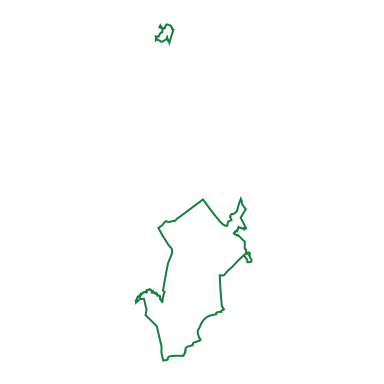 Santo Domingo Tehuantepec, Oaxaca, Mexico (Equal Earth projection), rotated 359°
{"feature_id": "50627088B71945417585230", "entity_name": "Santo Domingo Tehuantepec", "entity_type": "district", "adm_level": 2, "iso_a3": "MEX", "parent_name": "Mexico", "parent_adm1": "Oaxaca", "projection": "equal_earth", "projection_center": [-95.387, 16.448], "detail": "fine", "context": "isolated", "style": "outline", "palette": "green", "viewbox_px": 384, "rotation_deg": 359, "n_neighbors": 0, "source": "geoboundaries", "source_scale": "gbopen_adm2", "svg_char_len": 5677}
<svg xmlns="http://www.w3.org/2000/svg" viewBox="0 0 384 384"><g transform="rotate(359 192 192)"><path d="M202.8,199.7L178.6,217.1L177.1,217.9L174.1,220.9L173.2,220.5L171.5,221.0L171.2,220.9L168.6,221.6L167.7,221.6L166.0,220.8L164.7,221.1L163.7,222.1L161.8,224.6L157.8,227.4L161.5,234.5L167.8,244.9L169.2,246.5L170.8,248.4L171.2,252.3L166.7,263.1L164.2,275.0L161.3,289.9L162.8,291.5L162.4,291.8L160.9,298.3L160.4,301.5L160.2,301.4L159.9,301.0L159.7,300.9L159.7,300.7L160.0,300.4L159.9,300.2L159.7,300.1L159.6,299.8L159.4,299.7L159.0,299.6L158.9,299.5L158.8,299.1L159.0,298.8L158.7,298.7L158.4,298.8L158.1,298.3L158.2,297.8L158.2,297.1L158.4,296.6L158.2,296.2L158.1,295.6L157.6,295.6L157.3,295.1L156.9,294.8L156.7,294.8L156.6,295.1L156.4,295.2L156.1,294.9L155.8,294.9L155.8,294.4L155.5,294.0L155.4,293.5L155.0,293.6L154.9,293.3L154.7,293.3L154.6,293.0L154.4,293.3L154.2,293.1L153.9,292.8L153.7,292.9L153.6,292.6L153.3,292.9L153.0,292.6L152.9,292.3L152.7,292.3L152.5,292.2L152.3,292.0L152.3,291.7L151.9,291.5L151.9,291.8L151.5,291.8L151.4,292.1L151.2,292.1L150.9,291.8L150.9,291.7L150.7,291.6L150.6,291.4L150.7,291.0L150.3,291.3L150.3,291.1L150.1,291.2L150.1,290.9L150.1,290.3L149.8,290.0L149.7,289.7L149.3,289.8L149.2,289.7L149.2,289.3L148.1,288.4L147.6,288.5L147.2,289.1L145.9,289.1L145.4,289.6L145.2,289.6L144.9,289.4L144.8,289.5L144.9,290.3L145.1,291.2L144.6,291.4L144.3,291.8L143.9,291.5L143.7,291.5L143.6,291.3L143.3,291.4L143.1,291.2L143.0,291.3L142.3,291.2L141.7,291.4L141.6,291.6L141.5,291.9L141.2,292.0L140.9,292.4L140.6,292.3L140.1,292.5L139.6,292.6L139.6,292.8L139.8,293.2L139.8,293.4L139.6,293.6L139.1,293.2L139.1,292.9L138.9,292.9L138.6,293.7L138.6,294.0L138.7,294.3L138.4,294.3L138.1,294.2L137.9,294.3L137.9,294.5L138.1,294.6L138.0,294.9L138.1,295.2L138.1,295.5L138.2,295.8L138.2,296.1L137.9,296.2L137.5,295.9L137.2,295.6L136.7,295.8L136.7,295.6L136.0,295.6L135.9,296.0L135.8,295.9L135.0,298.1L134.3,299.0L133.7,300.1L133.9,300.4L134.5,300.5L134.3,301.4L138.3,298.1L142.1,297.9L144.5,309.0L143.4,314.3L154.4,325.5L158.9,346.3L158.6,351.7L160.2,360.0L161.8,359.9L162.3,359.7L162.7,359.6L163.0,359.5L164.1,359.4L164.8,359.1L164.9,358.8L164.8,358.6L164.8,358.1L165.3,356.8L166.0,356.3L167.4,355.8L169.4,355.6L170.8,355.6L172.7,355.4L180.4,355.7L180.5,355.6L180.4,355.3L180.5,354.9L180.9,354.6L181.2,354.6L181.6,354.1L181.6,353.7L181.9,353.2L182.0,352.8L182.2,352.6L182.0,352.4L182.0,351.9L182.1,351.7L182.4,351.3L182.5,350.9L182.8,350.5L182.6,350.4L182.5,350.2L182.6,349.9L182.8,349.0L182.8,348.5L183.4,347.5L184.8,346.6L189.7,345.2L189.9,345.2L189.7,344.7L190.3,344.1L190.4,343.9L190.3,344.0L190.2,343.7L190.3,343.4L190.6,343.0L190.9,342.8L193.9,341.7L197.1,340.8L197.3,340.7L197.8,340.2L197.9,339.5L197.4,338.8L197.2,338.7L196.8,337.8L196.7,337.9L196.2,336.7L196.0,335.6L195.6,334.6L195.4,333.2L195.3,332.8L195.2,331.8L195.3,331.3L195.9,329.7L196.9,328.1L198.8,324.0L199.8,322.2L201.3,320.2L203.1,318.5L205.1,317.1L207.2,316.2L208.8,315.7L214.0,314.7L213.9,314.1L214.0,313.6L214.2,313.3L214.6,313.0L216.2,312.5L218.8,312.2L218.9,312.4L219.0,312.4L218.9,312.1L219.0,311.9L219.2,311.7L219.4,311.2L220.3,310.7L220.9,310.5L221.3,310.2L221.5,309.9L221.7,310.0L221.8,309.9L221.5,309.8L221.0,308.9L220.9,308.3L220.5,307.3L219.8,306.8L218.6,287.7L218.3,275.8L222.3,276.0L226.5,271.3L230.9,267.6L236.9,261.4L239.3,259.1L243.3,255.7L243.3,256.9L243.4,257.0L244.4,258.4L245.2,259.8L245.6,260.2L245.9,260.7L246.0,261.1L246.2,263.2L248.0,263.2L249.5,263.1L250.3,262.3L250.2,260.7L248.8,258.1L247.9,256.0L248.6,255.9L248.8,254.9L248.7,254.0L248.4,253.7L247.5,253.4L246.8,253.7L245.9,254.8L245.5,254.9L245.3,254.9L244.8,254.2L244.8,253.6L245.1,252.5L245.1,250.9L244.7,250.2L243.9,249.9L243.7,249.5L244.0,242.8L237.4,236.1L236.9,235.9L236.5,236.4L236.1,236.1L235.8,235.7L235.7,235.8L234.8,235.4L234.1,234.9L233.1,234.3L233.1,234.2L233.4,234.3L233.5,234.0L233.5,233.8L233.6,233.6L233.7,233.4L234.0,232.9L234.4,232.9L234.6,232.0L235.2,232.1L235.8,231.9L236.3,232.0L236.4,230.9L236.7,230.7L237.0,229.8L237.3,229.9L237.4,229.5L237.3,229.4L237.9,227.7L238.9,228.2L238.9,228.4L239.3,228.7L239.8,228.7L240.4,228.7L240.5,228.9L240.9,229.2L241.1,229.0L241.6,229.4L243.2,229.5L243.3,229.0L244.2,229.3L244.0,230.1L245.5,229.3L240.2,218.5L245.5,210.1L242.2,205.7L241.9,204.5L241.3,201.1L241.0,200.5L240.7,199.7L239.4,203.0L238.2,206.4L236.7,211.6L235.9,212.6L234.4,213.9L232.0,215.0L231.5,214.7L231.0,214.8L230.8,214.9L230.5,215.3L229.8,216.7L230.1,217.0L229.6,217.6L231.0,220.7L227.6,222.2L227.3,223.2L226.6,226.4L224.4,226.2L224.1,225.7L223.4,225.6L222.9,225.3L220.3,223.0L213.7,214.8L202.8,199.7ZM158.4,35.7L158.4,36.0L159.1,37.3L159.2,37.6L158.6,37.9L158.5,38.3L158.6,38.5L158.6,39.6L159.8,38.8L160.5,39.3L162.0,40.0L164.3,41.4L169.3,38.8L169.5,37.1L169.6,36.8L169.7,36.7L169.7,37.3L170.1,37.5L170.2,39.3L170.6,39.8L170.7,40.5L171.0,40.8L171.4,40.2L171.6,40.4L172.0,42.2L173.1,38.7L176.3,29.3L175.9,29.1L175.4,29.2L175.0,29.1L174.8,28.4L174.9,27.6L174.8,27.4L174.5,27.1L174.2,26.1L173.6,25.2L173.1,25.2L172.9,25.0L172.0,24.9L170.7,24.1L170.2,24.3L169.9,24.3L169.8,24.1L169.3,24.1L169.1,24.4L168.1,26.0L168.2,26.5L167.8,27.6L167.4,28.0L167.1,28.0L166.8,27.7L166.4,27.9L165.8,28.0L165.5,27.9L165.3,27.3L164.7,27.4L164.5,27.2L164.5,26.8L164.3,26.5L164.1,25.8L164.0,25.7L163.7,25.7L163.3,25.4L163.2,25.1L163.0,25.5L162.9,25.5L162.8,25.9L162.4,26.4L162.3,26.8L162.5,26.8L162.6,26.5L162.8,26.5L163.1,26.8L163.3,26.9L163.6,26.8L163.8,26.9L163.8,27.1L164.0,27.1L164.1,27.3L164.9,28.2L165.1,28.4L165.4,29.2L165.1,30.1L165.2,31.0L165.0,31.9L164.7,32.1L163.9,32.0L162.8,33.1L162.4,33.7L162.3,34.2L161.7,34.8L161.4,36.0L159.2,35.9L158.4,35.7Z" fill="none" stroke="#15803d" stroke-width="2"/></g></svg>